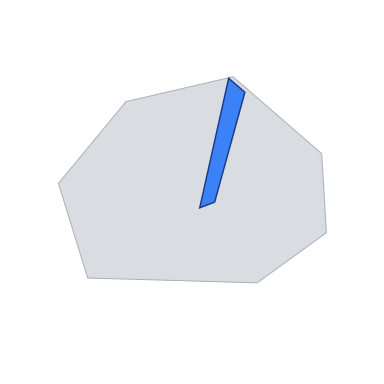 where Uaboe sits in Nauru, rotated 62°
{"feature_id": "NRU-4975", "entity_name": "Uaboe", "entity_type": "state/province", "adm_level": 1, "iso_a3": "NRU", "parent_name": "Nauru", "parent_adm1": "", "projection": "mercator", "projection_center": [166.924, -0.509], "detail": "fine", "context": "in_parent", "style": "filled", "palette": "blue", "viewbox_px": 384, "rotation_deg": 62, "n_neighbors": 0, "source": "natural_earth", "source_scale": "10m", "svg_char_len": 384}
<svg xmlns="http://www.w3.org/2000/svg" viewBox="0 0 384 384"><g transform="rotate(62 192 192)"><path d="M302.8,177.1L219.0,324.5L121.7,305.9L81.2,207.8L109.5,101.7L219.0,59.5L291.0,92.4L302.8,177.1Z" fill="#d9dde1" stroke="#a8b0b8" stroke-width="1"/><path d="M108.8,106.2L128.8,98.5L211.5,176.7L209.6,192.6L108.8,106.2Z" fill="#3b82f6" stroke="#1e3a8a" stroke-width="1.5"/></g></svg>